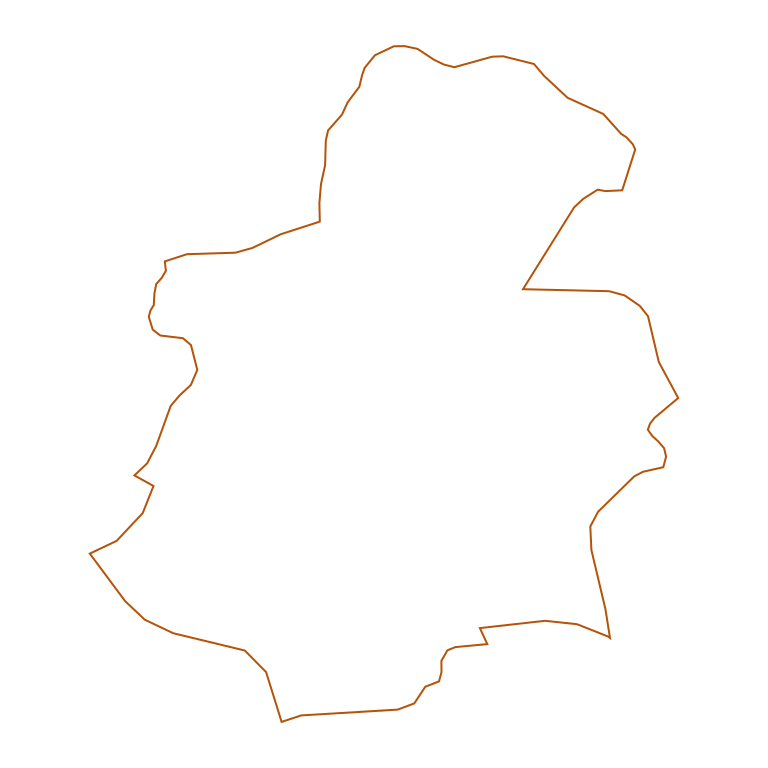 SVG path tracing the border of Luxembourg
{"feature_id": "LUX-908", "entity_name": "Luxembourg", "entity_type": "District", "adm_level": 1, "iso_a3": "LUX", "parent_name": "Luxembourg", "parent_adm1": "", "projection": "albers", "projection_center": [6.069, 49.636], "detail": "fine", "context": "isolated", "style": "outline", "palette": "amber", "viewbox_px": 768, "rotation_deg": 0, "n_neighbors": 0, "source": "natural_earth", "source_scale": "10m", "svg_char_len": 1346}
<svg xmlns="http://www.w3.org/2000/svg" viewBox="0 0 768 768"><path d="M89.8,553.6L116.7,540.8L142.7,513.1L153.5,486.0L134.4,475.4L147.1,463.4L156.2,446.0L170.7,405.9L179.7,395.3L190.9,384.9L197.3,369.9L191.0,345.1L182.9,338.2L160.3,335.5L152.7,329.6L148.8,316.8L150.4,310.6L153.8,305.1L154.4,293.7L156.2,284.1L161.7,277.9L165.9,270.8L164.8,261.4L186.9,254.2L235.4,252.7L252.5,247.9L280.8,234.2L319.8,221.6L319.4,203.1L321.0,184.1L325.1,165.2L325.8,140.6L328.1,130.4L342.0,114.6L347.6,102.4L359.3,86.8L362.1,75.2L364.6,67.9L375.0,55.2L393.8,46.3L404.6,46.1L417.6,48.9L433.9,59.7L444.0,64.6L454.4,67.2L492.1,56.7L503.2,56.3L534.0,64.0L544.3,76.1L567.6,97.8L603.3,114.0L621.2,133.9L626.6,137.4L632.9,144.4L635.2,149.5L622.2,190.3L605.4,191.1L597.6,189.7L583.3,198.8L574.1,207.4L523.0,289.2L609.2,291.2L624.6,295.4L639.8,305.9L648.0,316.2L658.8,362.0L678.2,398.0L654.6,417.8L650.1,423.5L647.8,429.7L652.2,435.9L658.4,441.6L664.1,448.2L666.1,456.6L663.3,467.2L642.9,471.8L634.3,476.3L598.1,511.7L590.3,526.5L591.4,550.0L605.4,609.0L610.0,638.0L608.0,636.5L577.0,624.2L544.9,620.8L479.9,628.1L487.3,644.1L455.4,647.1L447.4,650.3L441.4,660.9L441.5,672.1L439.0,681.4L425.3,686.7L414.3,703.4L397.7,709.6L301.2,715.4L281.6,721.9L266.1,672.1L244.8,650.5L173.1,633.2L144.8,619.7L125.1,601.1L89.8,553.6Z" fill="none" stroke="#b45309" stroke-width="2"/></svg>